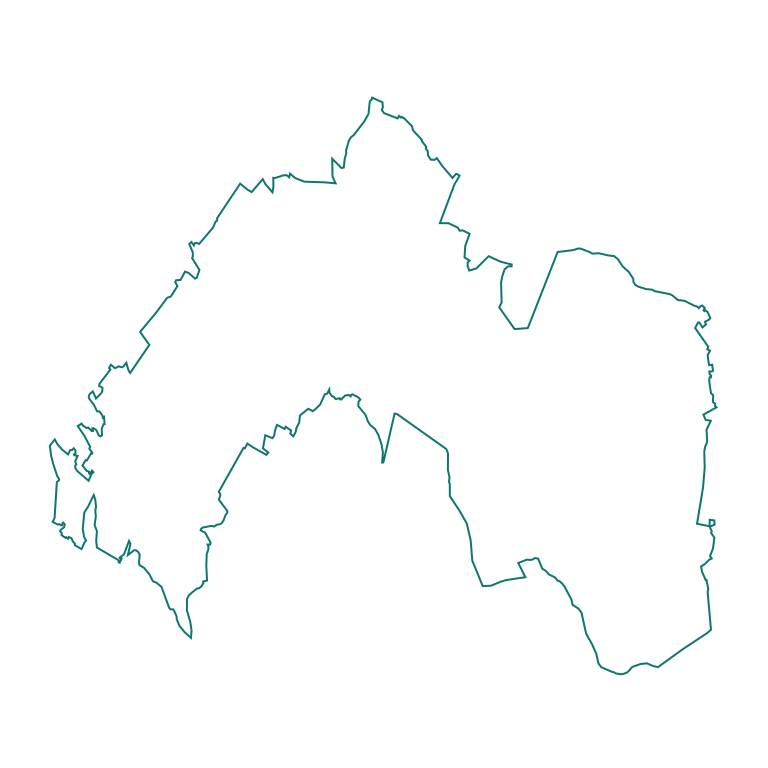 Stangaceaua, Mehedinti, Romania, rotated 271°
{"feature_id": "2599482B21772436223412", "entity_name": "Stangaceaua", "entity_type": "district", "adm_level": 2, "iso_a3": "ROU", "parent_name": "Romania", "parent_adm1": "Mehedinti", "projection": "natural_earth1", "projection_center": [23.284, 44.603], "detail": "fine", "context": "isolated", "style": "outline", "palette": "teal", "viewbox_px": 768, "rotation_deg": 271, "n_neighbors": 0, "source": "geoboundaries", "source_scale": "gbopen_adm2", "svg_char_len": 6062}
<svg xmlns="http://www.w3.org/2000/svg" viewBox="0 0 768 768"><g transform="rotate(271 384 384)"><path d="M273.0,451.8L258.0,462.1L245.8,469.3L229.1,473.4L208.8,475.4L183.6,486.3L184.2,494.6L188.4,504.2L190.1,509.7L193.3,528.7L207.4,521.4L210.9,530.0L210.6,533.5L211.2,535.9L212.6,537.9L212.1,541.2L202.0,545.5L200.2,548.8L196.4,552.3L193.6,558.4L190.4,561.0L190.0,562.9L187.7,565.5L184.6,568.0L171.9,575.1L166.5,576.4L163.0,582.1L158.9,585.4L137.8,590.5L127.6,596.5L117.9,601.0L108.3,603.3L104.6,606.3L100.1,617.1L99.8,619.2L98.8,620.3L97.9,625.8L98.4,628.7L100.0,632.4L105.5,637.3L108.5,645.3L109.3,651.7L106.7,658.0L105.7,662.9L124.3,687.7L140.7,711.6L144.0,715.2L181.7,711.2L185.1,711.8L193.7,709.8L193.5,709.1L202.0,705.2L207.1,704.2L209.7,708.1L214.0,712.2L215.2,714.7L217.6,713.0L225.2,715.8L236.2,717.0L240.7,713.7L242.7,714.3L246.8,712.1L249.3,717.0L253.4,716.6L253.9,712.0L247.5,712.0L249.7,699.4L286.1,704.8L306.0,706.1L322.1,705.4L326.8,706.2L331.8,708.1L344.0,707.3L352.9,711.4L353.8,706.2L358.9,703.9L366.5,716.9L367.9,715.4L370.0,715.4L371.7,713.1L377.0,713.4L378.8,713.1L380.5,711.1L391.1,709.3L395.1,709.1L396.5,709.7L396.3,710.7L398.1,711.0L399.8,709.3L402.2,709.1L402.3,711.8L402.9,712.7L409.0,711.8L408.5,708.8L412.2,708.0L418.7,707.1L423.0,709.4L424.4,706.6L426.8,707.6L445.4,694.1L451.0,696.9L451.1,698.1L446.1,701.5L449.2,704.9L451.8,703.8L454.2,708.1L455.6,709.1L461.6,706.3L463.3,704.2L462.5,703.0L463.3,702.2L465.6,703.4L468.0,700.8L467.5,699.3L465.3,697.5L467.0,695.7L467.6,693.0L472.4,683.1L473.1,676.4L477.6,670.8L478.8,668.4L481.5,653.3L483.0,650.3L483.5,644.5L485.7,636.8L487.5,633.5L490.4,631.6L493.5,631.4L500.2,626.9L505.9,620.4L512.8,615.8L515.9,611.9L516.4,606.3L518.5,596.3L518.0,590.0L519.6,587.2L522.9,577.8L522.7,575.1L521.2,570.9L519.0,555.3L442.4,526.8L441.2,513.6L462.6,497.9L467.6,500.2L487.5,499.3L493.0,500.2L500.9,502.6L503.9,506.4L503.8,509.5L505.7,509.6L508.3,498.5L513.6,486.4L501.2,474.4L498.9,467.3L503.3,465.6L506.7,465.5L508.8,467.4L511.9,462.3L523.4,462.8L535.6,467.0L538.9,460.3L538.6,456.9L541.6,455.1L545.9,445.7L545.8,437.1L584.7,450.9L593.6,455.9L595.2,453.5L595.3,452.4L591.2,448.9L602.7,438.7L610.8,432.8L609.0,430.7L609.1,426.9L613.5,423.9L617.5,423.7L620.1,421.7L621.7,422.2L627.4,417.7L628.9,417.5L638.0,408.7L642.3,407.4L649.8,399.7L651.4,397.1L650.7,396.3L652.3,394.2L649.8,393.0L654.8,379.4L658.0,377.0L660.5,378.0L665.6,377.6L670.1,367.1L668.1,366.7L666.5,364.9L653.7,363.8L645.9,359.5L632.3,349.4L630.1,346.6L626.6,344.6L616.7,342.0L613.7,342.2L608.6,340.8L599.7,340.0L599.2,337.7L608.3,328.3L590.6,328.9L583.8,332.1L584.6,321.0L584.9,301.0L588.3,291.7L592.7,286.3L589.0,285.6L591.1,283.0L590.8,279.6L588.1,271.6L588.2,269.7L579.2,270.0L573.7,269.1L582.0,261.8L586.7,259.2L573.6,248.3L575.9,244.2L581.8,236.7L547.0,214.3L544.4,214.3L543.6,212.9L537.2,210.2L520.8,196.7L521.9,194.0L521.4,192.3L519.3,191.5L522.6,188.9L520.5,186.9L512.3,190.5L508.2,190.6L506.6,189.9L494.8,197.5L486.8,194.8L486.1,193.2L491.7,186.6L492.9,183.1L484.5,178.8L484.1,174.3L482.3,173.5L478.2,175.7L467.8,169.4L466.4,165.7L451.1,154.7L431.8,139.2L419.0,148.7L390.6,130.0L393.2,128.3L400.8,126.0L397.1,123.3L396.1,121.7L397.0,118.5L395.1,114.8L398.5,110.6L395.2,108.8L393.7,110.2L379.5,99.7L377.1,99.2L375.2,102.6L372.0,102.5L369.9,101.5L364.5,96.3L371.5,93.0L368.9,90.0L366.7,89.1L364.7,89.2L358.1,94.3L351.7,97.6L351.5,100.1L347.3,103.2L345.4,103.5L346.2,104.6L339.0,105.4L338.9,104.3L334.5,102.6L327.7,102.9L326.6,101.3L327.9,99.4L331.9,97.8L333.7,96.2L334.7,94.1L334.6,93.2L332.0,93.8L331.9,92.6L335.3,88.9L334.8,87.5L337.1,83.7L339.1,82.3L336.6,78.5L326.9,85.4L316.1,91.3L314.3,90.5L310.0,93.6L309.2,93.2L309.8,92.5L302.4,88.3L302.7,87.0L297.3,83.9L292.0,88.2L291.2,90.6L289.6,90.6L288.8,91.5L292.3,93.5L290.8,95.0L288.9,93.1L282.1,90.3L291.4,79.1L294.5,76.9L297.0,76.7L298.1,77.7L301.3,76.6L306.7,78.9L307.3,75.7L308.2,75.2L308.9,76.7L312.0,76.7L314.3,74.9L312.6,73.3L312.3,71.3L308.1,69.4L312.9,63.2L318.0,58.6L322.8,55.8L316.5,51.0L306.5,52.4L298.3,54.7L286.4,58.8L283.1,60.9L281.9,60.6L280.2,58.6L244.5,57.0L240.3,55.2L237.8,60.3L238.2,61.8L237.1,63.5L237.1,64.6L239.2,65.0L239.8,65.8L238.1,67.2L235.1,66.6L232.3,63.0L231.1,62.7L229.1,64.5L227.3,64.2L224.6,68.2L225.3,68.8L223.7,70.7L225.5,71.5L224.4,74.1L220.5,76.1L218.9,77.8L217.4,77.7L213.6,84.5L220.5,87.4L222.2,88.9L225.7,86.9L233.8,85.3L250.2,86.6L256.5,90.4L267.9,95.7L263.5,97.3L256.3,98.2L252.1,97.6L246.4,98.2L238.2,97.1L231.9,99.5L222.1,99.0L215.5,99.8L203.2,121.6L201.1,121.9L200.7,122.8L204.9,124.7L205.2,122.9L205.8,122.7L208.9,126.9L222.6,131.8L219.7,133.3L208.5,130.9L213.4,137.0L213.5,138.9L211.8,141.1L209.1,142.7L200.8,142.1L198.6,142.8L195.9,147.4L189.5,152.8L182.7,156.4L181.5,159.7L177.4,165.0L156.5,173.1L155.1,174.2L155.0,177.1L154.2,177.8L148.0,180.7L145.3,180.8L138.5,183.8L132.5,188.9L126.8,195.4L134.1,195.9L143.0,194.4L154.2,190.9L165.5,190.8L169.2,192.5L172.9,196.5L176.5,201.0L176.4,202.3L178.3,204.9L181.8,206.9L183.3,206.5L184.4,210.5L199.0,209.5L210.8,209.7L215.7,211.3L218.3,211.3L220.4,210.4L220.4,212.9L222.4,213.4L232.2,207.8L234.5,203.2L236.3,203.8L237.4,205.7L239.2,214.1L238.5,216.6L240.4,219.3L240.8,222.3L242.0,224.1L244.7,225.9L250.6,228.0L252.2,229.5L254.3,229.6L265.6,220.8L269.4,222.3L271.3,222.1L273.3,220.7L317.6,244.6L317.2,245.9L322.1,248.5L318.7,253.5L311.1,267.7L313.5,269.5L317.5,264.1L330.7,266.2L327.9,273.4L330.4,275.1L335.3,275.8L341.2,277.7L337.4,285.4L339.5,286.4L335.9,292.0L332.8,291.2L330.1,294.2L334.2,296.4L338.8,297.3L343.7,299.8L351.2,300.6L357.9,308.7L355.6,313.4L358.0,316.2L362.5,320.6L372.7,325.0L373.3,327.3L377.5,329.4L374.4,329.6L370.9,332.2L370.3,334.0L368.1,335.9L369.0,340.0L367.8,340.5L367.8,341.5L371.8,345.3L372.4,348.6L371.1,350.9L372.5,351.2L373.1,352.5L370.4,358.3L367.9,360.6L366.0,358.9L361.5,358.6L352.8,366.1L346.4,368.5L342.8,370.9L338.9,375.8L333.1,379.2L323.5,382.6L315.4,384.1L305.5,383.5L305.5,384.7L354.6,395.1L354.1,397.7L320.1,447.4L315.7,449.2L299.2,449.4L291.7,451.1L287.5,450.7L285.1,451.5L273.0,451.8Z" fill="none" stroke="#0f766e" stroke-width="2"/></g></svg>